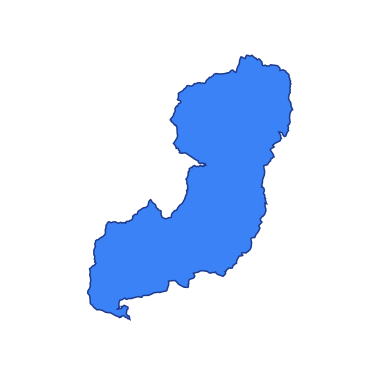 outline of Manzalesti, Buzau, Romania, rotated 230°
{"feature_id": "2599482B39900839669383", "entity_name": "Manzalesti", "entity_type": "district", "adm_level": 2, "iso_a3": "ROU", "parent_name": "Romania", "parent_adm1": "Buzau", "projection": "equal_earth", "projection_center": [26.631, 45.541], "detail": "fine", "context": "isolated", "style": "filled", "palette": "blue", "viewbox_px": 384, "rotation_deg": 230, "n_neighbors": 0, "source": "geoboundaries", "source_scale": "gbopen_adm2", "svg_char_len": 6068}
<svg xmlns="http://www.w3.org/2000/svg" viewBox="0 0 384 384"><g transform="rotate(230 192 192)"><path d="M224.3,341.5L227.1,340.3L228.6,337.5L230.3,338.9L233.1,338.8L234.2,338.4L238.9,334.0L238.9,332.5L239.6,330.9L242.1,329.5L242.8,328.1L243.9,327.4L246.6,329.1L250.4,329.1L251.1,328.5L251.1,327.6L251.5,326.9L253.5,327.0L254.5,326.3L258.2,325.8L258.7,323.8L260.3,323.0L261.6,321.7L261.2,320.2L260.0,318.6L261.8,317.5L263.7,316.8L264.0,316.1L262.2,313.1L260.0,310.8L257.9,306.2L255.3,302.8L256.9,301.7L258.6,301.9L259.4,301.3L259.9,300.3L259.6,296.8L260.2,296.3L261.8,292.9L264.4,289.2L265.8,288.1L266.4,287.0L267.2,286.7L268.0,284.7L267.6,282.7L267.7,279.9L268.7,279.0L268.3,278.1L268.2,274.8L267.0,272.3L267.2,271.4L268.6,270.2L269.1,269.1L270.5,268.5L272.0,266.6L271.9,265.8L273.5,263.3L273.2,262.9L273.2,260.3L273.9,259.1L275.8,257.7L276.5,256.7L276.6,256.2L275.8,254.4L276.0,252.2L275.5,250.3L276.4,245.0L274.2,243.3L272.5,241.5L272.1,240.3L271.1,240.5L269.8,241.7L268.7,241.6L267.7,240.8L268.3,238.5L266.9,236.1L267.7,235.6L267.4,233.9L266.6,232.3L265.0,231.4L263.2,227.6L262.3,226.6L261.6,222.3L261.2,221.7L260.1,222.2L259.4,221.4L257.1,221.9L254.6,221.7L254.3,222.4L253.3,222.2L253.1,222.6L250.7,221.8L250.1,221.1L245.4,217.7L244.7,217.5L243.2,215.7L241.6,211.0L241.2,209.1L237.6,209.0L236.8,208.5L236.2,208.6L235.6,208.0L234.3,209.5L233.2,208.8L231.2,208.8L230.9,208.7L230.6,207.8L229.8,207.8L228.4,208.8L227.0,211.2L225.7,212.3L215.1,215.3L211.8,216.7L210.4,215.9L208.9,216.3L208.2,216.8L208.3,217.6L205.5,220.2L205.1,220.3L204.5,219.7L203.7,219.9L203.8,219.6L205.0,219.0L205.0,218.4L204.0,217.8L204.1,217.4L204.7,216.6L205.9,216.5L205.9,215.8L206.9,215.2L207.4,213.0L208.3,212.5L208.9,211.4L210.6,211.1L211.2,209.0L210.6,207.8L211.4,207.2L211.5,204.7L210.5,204.2L210.3,203.6L209.7,203.3L209.9,202.5L209.5,201.6L208.4,200.9L208.1,200.3L207.2,199.9L207.0,199.0L205.8,197.2L205.8,195.7L203.4,195.0L202.0,193.6L199.1,192.6L198.4,191.5L196.4,190.2L196.8,189.3L196.6,188.7L196.0,188.7L195.6,188.1L194.3,187.5L193.2,184.9L191.2,181.6L189.6,177.5L189.7,173.6L188.8,170.3L188.4,169.9L188.1,167.9L188.9,166.9L188.6,163.6L187.9,161.9L186.1,160.1L186.2,159.1L187.1,158.1L187.7,156.1L188.6,154.4L191.5,152.9L194.8,153.8L196.4,155.4L197.7,156.1L199.8,154.7L200.9,155.1L201.4,154.8L203.2,154.7L205.6,155.8L210.3,154.9L211.7,155.5L212.8,155.3L212.5,153.0L209.7,149.3L209.8,146.9L211.2,144.3L211.7,139.9L211.8,138.2L210.3,135.5L210.5,135.0L211.5,134.1L211.6,131.5L211.3,130.8L210.4,130.1L209.3,128.2L210.2,125.5L210.1,124.7L211.5,123.1L211.5,121.9L210.8,121.1L212.4,120.1L213.2,118.5L214.5,118.1L215.4,115.5L218.5,114.0L219.7,112.5L220.4,110.3L222.6,109.3L222.8,108.1L221.6,104.5L220.0,103.3L219.1,101.6L215.7,98.8L215.1,95.6L215.2,94.4L215.7,93.6L215.5,92.5L216.0,91.0L215.5,90.0L216.5,88.3L216.6,86.9L215.6,85.9L215.0,84.5L214.0,83.9L213.6,83.4L212.5,83.3L210.7,79.7L209.4,78.5L206.8,76.4L205.3,76.3L203.0,73.8L201.5,73.8L200.9,72.4L199.2,72.6L198.6,71.0L198.9,70.0L198.7,69.4L199.3,68.0L198.8,66.4L199.1,64.2L196.0,62.6L194.1,60.2L192.8,59.8L189.4,57.7L187.0,54.7L185.2,53.7L183.8,51.0L183.0,48.4L181.3,47.0L178.5,47.0L174.6,44.5L172.6,42.8L171.5,42.4L168.7,42.9L167.2,42.6L162.9,43.4L162.3,44.0L162.3,44.7L159.1,47.1L155.3,48.6L153.0,50.7L152.6,51.6L145.7,54.3L144.3,55.5L142.6,55.6L141.9,57.0L142.5,57.1L142.0,58.0L141.8,59.4L141.3,60.1L138.7,60.5L137.8,61.4L136.0,61.5L135.1,62.3L134.4,62.5L137.3,64.1L138.6,63.3L140.8,63.2L143.6,66.3L143.5,67.6L144.9,68.9L148.8,67.2L148.9,65.3L149.5,64.5L148.7,64.7L148.8,64.2L148.1,63.2L149.5,61.3L149.6,60.2L150.2,59.5L150.3,60.9L149.9,62.0L152.1,63.0L154.1,64.9L154.7,65.7L155.4,67.5L154.4,69.4L154.1,72.1L153.8,72.5L152.6,72.4L151.7,73.0L151.1,75.0L149.0,77.6L149.1,77.9L146.6,83.3L143.7,85.7L143.7,86.3L144.1,87.3L144.0,88.3L140.8,92.2L139.8,95.3L139.7,96.5L139.3,97.1L139.3,98.5L138.3,99.4L137.4,101.1L135.6,102.9L134.3,105.9L132.8,108.5L132.7,109.3L136.1,114.7L138.8,116.8L135.5,121.7L133.7,122.4L130.0,122.4L124.2,124.7L121.6,127.5L121.8,128.5L123.4,129.4L123.6,130.3L125.5,131.7L126.5,133.2L126.5,134.7L125.6,136.3L125.1,138.1L125.3,139.2L126.0,140.2L128.9,140.8L126.6,145.3L126.2,147.6L125.3,149.1L121.4,152.7L119.5,153.0L118.0,153.9L117.2,156.0L116.2,157.0L115.5,158.6L114.3,158.3L112.3,158.7L107.4,161.7L107.8,165.1L108.8,165.7L109.2,166.5L109.8,166.2L109.5,167.4L110.1,168.8L109.9,169.9L110.3,170.9L109.9,171.8L109.1,172.2L107.9,173.9L109.3,176.6L109.0,178.0L109.2,179.1L108.8,180.2L110.8,182.2L112.6,186.9L111.0,189.3L111.0,190.3L112.3,189.9L113.2,191.0L112.9,191.8L110.5,194.3L110.7,195.4L110.4,197.0L110.7,199.9L111.9,202.0L114.1,204.3L115.3,205.4L117.5,206.4L118.3,207.2L118.4,208.1L118.2,209.0L116.8,210.8L118.5,214.1L118.7,216.0L119.6,218.7L120.8,220.9L123.4,221.5L123.9,226.1L124.4,226.4L125.8,226.0L127.5,227.1L128.1,230.2L127.8,231.1L128.2,233.2L129.9,236.2L131.6,237.7L133.8,238.5L135.2,239.8L136.7,240.5L135.1,241.7L136.3,241.9L136.7,242.3L138.5,242.9L139.6,243.6L139.7,244.2L141.1,244.2L142.8,245.7L144.8,245.8L145.8,246.9L146.3,248.1L147.5,248.9L148.9,249.5L150.5,249.2L151.2,248.5L151.8,249.7L153.0,250.4L153.9,252.1L154.9,252.7L156.3,254.4L158.5,258.3L161.3,261.1L163.7,262.2L166.0,263.9L165.4,265.6L164.6,266.6L164.6,267.7L165.3,270.1L165.4,272.2L166.2,273.1L166.7,274.3L166.3,275.0L166.5,276.6L166.1,277.4L168.8,278.4L174.2,279.1L174.3,280.5L173.7,283.9L175.8,283.7L176.0,284.1L175.8,285.4L176.1,286.2L174.6,292.4L175.6,294.4L175.6,295.0L176.9,295.1L178.1,296.2L182.2,297.1L179.8,299.0L178.8,299.0L177.7,298.5L176.3,298.3L175.0,298.5L174.6,299.8L176.2,302.7L176.6,302.9L177.0,305.5L178.1,305.7L179.4,307.3L181.3,308.0L181.2,309.0L181.3,309.8L181.9,310.5L181.8,311.2L182.8,312.3L186.2,314.4L189.1,317.4L190.3,319.8L190.6,321.3L190.4,322.0L194.1,323.1L195.2,324.0L196.3,324.3L196.6,325.0L198.9,325.2L201.8,326.2L204.3,329.1L205.0,331.1L205.6,331.6L206.8,332.3L207.2,333.0L208.6,333.6L209.6,335.2L210.5,335.5L211.2,336.8L211.2,337.3L212.6,337.4L213.7,338.9L214.9,338.9L216.1,339.9L217.2,339.9L219.1,341.4L220.4,341.6L223.3,341.1L224.3,341.5Z" fill="#3b82f6" stroke="#1e3a8a" stroke-width="1.5"/></g></svg>